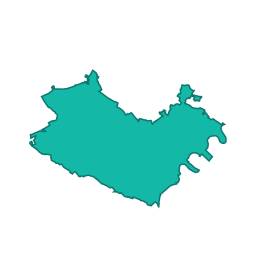 outline of Somes-Odorhei, Salaj, Romania, rotated 33°
{"feature_id": "2599482B11823092224624", "entity_name": "Somes-Odorhei", "entity_type": "district", "adm_level": 2, "iso_a3": "ROU", "parent_name": "Romania", "parent_adm1": "Salaj", "projection": "equal_earth", "projection_center": [23.214, 47.334], "detail": "fine", "context": "isolated", "style": "filled", "palette": "teal", "viewbox_px": 256, "rotation_deg": 33, "n_neighbors": 0, "source": "geoboundaries", "source_scale": "gbopen_adm2", "svg_char_len": 5820}
<svg xmlns="http://www.w3.org/2000/svg" viewBox="0 0 256 256"><g transform="rotate(33 128 128)"><path d="M55.6,189.8L59.2,191.8L58.2,193.3L57.2,194.2L56.3,193.3L55.7,193.1L55.8,192.9L55.5,192.6L55.6,192.3L55.4,192.1L54.4,192.0L54.5,192.3L53.7,192.8L53.8,194.1L56.8,195.4L61.0,195.5L64.3,195.8L66.8,196.5L67.9,196.3L69.7,196.7L70.9,196.2L71.5,195.7L72.3,195.8L72.7,195.3L74.9,193.8L78.0,192.8L79.2,193.9L79.3,194.9L80.4,195.6L81.4,196.8L83.2,196.7L84.6,196.2L86.3,196.7L87.0,196.7L88.8,195.5L90.4,196.2L92.3,194.4L94.1,195.5L95.7,195.9L102.5,195.8L103.5,195.9L103.6,196.9L106.4,196.8L106.3,196.3L107.0,193.9L107.6,193.5L108.1,193.4L108.7,193.9L109.4,193.9L112.3,194.8L112.4,195.1L112.9,195.3L113.9,195.1L114.7,194.5L115.0,193.5L117.4,193.0L117.4,192.5L119.2,190.3L120.8,188.9L123.1,188.5L124.7,187.8L125.7,187.6L129.9,188.1L130.2,187.7L131.3,188.2L136.1,189.0L136.0,188.8L142.2,188.0L145.3,187.9L145.9,187.7L146.5,186.7L147.2,186.4L149.5,187.2L151.2,187.3L151.4,187.5L150.9,189.1L151.6,188.6L152.6,188.4L153.4,187.5L155.9,187.6L157.2,187.1L157.2,186.5L157.6,186.1L161.5,187.1L163.5,187.0L164.0,186.6L165.2,186.4L165.4,185.9L166.3,185.7L166.5,185.2L168.2,185.4L169.0,184.9L170.3,184.7L170.4,183.9L170.0,183.5L170.0,183.0L177.6,181.6L178.4,181.9L180.2,180.9L184.3,180.7L186.4,181.8L188.3,181.0L188.8,180.5L189.7,180.7L190.9,175.4L191.2,175.2L193.3,175.4L194.1,175.7L195.9,177.1L196.6,177.3L195.3,174.5L194.1,173.2L193.9,172.2L192.0,168.1L191.9,166.5L191.1,166.2L191.8,164.6L194.7,154.2L195.8,152.2L197.6,150.0L199.2,148.5L198.1,147.6L199.6,146.8L199.3,145.2L199.6,144.9L199.0,143.2L198.6,142.7L195.6,140.2L196.6,139.7L197.0,137.9L194.5,136.5L193.5,134.9L192.2,132.1L191.9,130.7L192.9,129.0L194.1,128.0L195.3,127.6L197.4,127.7L201.4,129.0L206.2,128.9L209.0,128.4L210.1,127.4L210.5,126.6L210.7,125.2L210.7,124.6L205.2,125.1L201.2,124.3L197.1,124.1L197.2,123.3L195.7,123.2L194.3,122.7L195.1,120.0L194.6,118.7L194.3,117.0L194.6,116.8L194.5,116.2L195.5,114.2L196.4,113.1L197.7,112.3L199.8,111.5L201.6,111.5L202.9,112.2L203.3,112.7L203.8,112.5L203.9,111.6L203.9,109.8L204.6,109.7L213.9,111.5L214.4,106.2L205.0,104.2L205.6,101.8L205.4,100.6L204.0,97.7L201.3,95.3L201.0,94.3L201.2,91.2L201.8,89.9L205.4,86.9L206.6,86.6L208.1,86.6L210.4,87.7L211.4,88.7L212.6,89.4L214.5,89.5L216.0,89.1L217.2,88.1L217.6,86.2L215.9,83.5L214.9,82.5L208.5,79.7L206.7,78.3L205.9,77.2L205.4,76.2L205.6,74.9L206.0,73.7L207.0,72.4L204.8,72.2L204.7,74.2L196.5,74.1L194.5,73.9L194.1,74.3L194.0,74.8L193.4,75.6L191.9,75.7L189.3,75.6L189.7,74.6L185.1,73.0L183.7,75.7L183.0,75.6L183.1,75.1L182.8,74.5L183.2,73.9L183.0,73.2L183.5,72.8L183.6,72.3L183.1,71.8L182.6,71.6L182.3,71.1L181.1,71.5L179.7,71.4L179.0,71.8L177.4,71.8L177.4,72.5L176.4,73.4L172.9,75.2L170.6,75.9L167.1,75.3L165.2,76.0L163.7,75.9L162.9,76.6L162.1,76.4L161.9,76.3L162.1,75.4L161.9,74.2L161.0,73.2L161.6,70.6L162.2,70.2L162.2,69.7L162.4,69.6L163.1,70.0L163.8,68.7L163.4,66.3L163.7,66.0L163.6,65.7L164.6,66.4L166.6,65.9L167.2,66.0L167.4,66.4L167.4,68.1L167.9,68.2L168.2,68.6L169.5,68.8L170.1,67.9L170.5,67.7L170.5,67.2L172.4,67.0L173.0,66.7L173.1,65.7L172.8,65.3L172.5,63.5L173.1,62.4L172.7,61.7L172.3,61.7L172.3,62.2L163.7,65.2L162.8,63.6L163.1,61.1L163.0,60.6L162.5,61.1L160.1,61.3L158.1,60.6L156.5,59.5L156.2,59.1L154.7,59.2L152.4,61.5L150.0,62.4L150.6,64.7L151.2,65.6L151.3,66.5L150.8,67.0L153.4,70.4L152.6,70.8L152.5,71.7L152.0,72.0L151.9,74.0L152.1,74.4L155.3,74.3L155.8,77.0L159.2,78.0L158.9,80.2L158.2,80.7L157.5,80.4L156.2,81.0L155.1,82.0L154.8,82.7L154.9,83.4L153.4,84.7L153.1,85.1L152.1,84.8L151.5,85.6L151.2,85.6L151.7,87.4L152.6,87.5L152.9,88.9L153.6,89.1L153.9,89.6L153.6,90.1L153.4,91.5L154.5,95.6L151.9,95.7L151.7,95.2L150.2,94.9L150.0,94.5L150.2,94.4L149.7,94.2L149.5,93.7L149.9,93.2L148.9,93.1L148.1,93.8L148.4,94.1L148.4,94.7L147.1,96.7L147.5,96.8L147.0,97.4L146.0,97.4L145.8,97.8L145.9,98.1L146.8,98.1L146.9,98.6L147.6,98.6L147.7,99.0L149.1,98.7L150.5,98.8L150.5,99.2L150.8,99.5L150.0,99.8L149.8,100.5L149.9,101.1L149.2,102.7L148.9,103.9L148.3,104.8L148.1,105.7L147.5,106.6L147.8,106.8L147.4,108.0L146.9,108.1L146.7,108.4L146.6,109.1L146.7,109.5L146.3,111.4L145.0,110.8L144.4,109.7L143.2,109.2L141.3,110.9L140.1,111.5L138.5,111.6L136.8,112.6L134.1,113.1L133.7,113.7L132.6,114.0L133.1,116.9L132.1,116.5L132.0,115.7L130.3,115.8L127.6,115.1L123.8,113.7L122.3,113.5L121.0,116.3L120.0,116.1L119.1,118.3L115.0,116.4L111.2,116.0L106.8,116.3L106.7,114.6L106.1,112.6L103.4,112.7L103.1,113.3L94.5,113.7L83.6,113.0L84.7,111.8L85.1,110.3L84.7,110.3L84.3,109.7L81.9,108.0L78.4,106.3L78.2,106.2L78.2,105.8L77.2,105.2L76.6,105.2L75.6,104.2L75.2,103.2L75.8,102.4L75.5,101.7L75.5,101.2L74.5,101.7L73.8,101.7L73.7,100.5L71.2,99.1L67.0,98.8L67.4,103.5L67.3,105.5L66.6,106.1L63.9,106.3L64.1,108.3L65.9,108.2L66.3,107.8L67.7,107.5L67.5,108.2L67.0,108.5L67.6,109.6L67.6,109.3L68.6,109.0L68.4,110.3L68.6,110.2L68.7,109.3L69.3,109.2L69.3,110.4L68.3,110.5L68.3,110.9L68.4,111.1L69.2,110.9L69.3,111.4L68.6,111.7L69.9,112.5L69.9,112.2L70.6,111.9L71.2,112.7L70.7,113.2L69.9,112.9L68.7,113.1L67.3,112.4L66.6,112.5L66.4,114.5L65.2,114.5L65.0,115.2L63.5,117.4L61.2,120.5L60.6,120.6L60.9,120.9L59.6,123.0L55.4,128.2L52.6,130.6L44.8,135.5L43.9,135.5L43.8,134.7L44.2,134.6L43.5,133.6L42.9,133.8L42.7,133.4L42.3,133.6L41.8,135.4L42.3,135.9L43.2,135.6L44.2,137.7L42.6,142.2L38.4,148.7L43.5,151.4L45.0,151.9L46.1,152.5L48.1,153.0L48.5,153.6L50.5,154.0L51.0,153.4L51.5,153.4L56.0,154.4L58.2,154.3L59.0,155.0L61.2,155.2L62.0,155.8L62.2,156.7L63.3,159.2L63.5,160.0L63.2,161.0L59.9,164.1L59.7,165.0L59.0,165.8L58.5,167.1L60.8,168.2L60.9,168.5L60.4,169.3L58.4,173.4L56.8,176.3L58.4,176.0L59.4,175.4L61.7,175.6L60.3,175.8L59.9,176.3L59.0,176.5L58.0,177.7L55.8,178.3L50.8,185.9L49.8,186.7L51.3,188.3L52.0,189.4L54.7,185.1L55.1,184.8L55.8,187.6L55.6,189.8Z" fill="#14b8a6" stroke="#0f766e" stroke-width="1.5"/></g></svg>